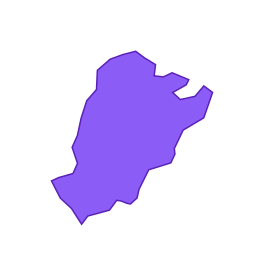 SVG path tracing the border of Beverinas, rotated 335°
{"feature_id": "LVA-5783", "entity_name": "Beverinas", "entity_type": "Municipality", "adm_level": 1, "iso_a3": "LVA", "parent_name": "Latvia", "parent_adm1": "", "projection": "mercator", "projection_center": [25.601, 57.529], "detail": "fine", "context": "isolated", "style": "filled", "palette": "violet", "viewbox_px": 256, "rotation_deg": 335, "n_neighbors": 0, "source": "natural_earth", "source_scale": "10m", "svg_char_len": 658}
<svg xmlns="http://www.w3.org/2000/svg" viewBox="0 0 256 256"><g transform="rotate(335 128 128)"><path d="M140.9,58.1L154.5,59.3L167.4,61.7L172.5,71.3L179.7,82.2L173.8,91.8L181.6,96.6L191.3,96.6L203.5,109.9L199.0,113.5L183.5,114.7L187.4,124.3L202.1,127.6L214.5,121.9L219.7,131.5L201.0,150.8L177.1,153.2L161.3,166.2L159.5,171.5L152.1,177.7L129.2,174.6L112.2,188.1L106.6,195.3L98.1,197.9L95.0,195.6L90.9,191.2L87.2,188.8L76.5,194.6L54.4,190.8L45.3,195.6L42.8,177.2L37.0,162.8L36.3,143.6L44.1,143.6L58.9,146.0L67.3,138.7L69.2,121.9L78.9,113.5L89.9,99.0L102.2,85.8L115.7,79.8L124.6,62.8L140.9,58.1Z" fill="#8b5cf6" stroke="#5b21b6" stroke-width="1.5"/></g></svg>